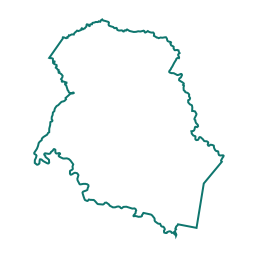 the district of Pesé, Herrera, Panama, rotated 88°
{"feature_id": "35544464B3990390948119", "entity_name": "Pesé", "entity_type": "district", "adm_level": 2, "iso_a3": "PAN", "parent_name": "Panama", "parent_adm1": "Herrera", "projection": "robinson", "projection_center": [-80.628, 7.893], "detail": "fine", "context": "isolated", "style": "outline", "palette": "teal", "viewbox_px": 256, "rotation_deg": 88, "n_neighbors": 0, "source": "geoboundaries", "source_scale": "gbopen_adm2", "svg_char_len": 5759}
<svg xmlns="http://www.w3.org/2000/svg" viewBox="0 0 256 256"><g transform="rotate(88 128 128)"><path d="M230.2,63.0L186.1,54.2L165.0,35.4L164.2,36.1L163.6,36.1L161.1,34.6L160.0,33.7L159.1,33.4L158.8,33.6L158.6,34.1L158.7,36.9L158.3,37.9L157.2,38.4L154.7,38.7L154.3,39.2L154.2,40.3L153.8,41.0L152.9,41.8L150.8,42.7L148.6,42.9L148.0,44.1L147.6,45.9L147.7,46.4L148.5,47.3L148.6,47.9L148.4,48.4L147.4,48.9L145.5,48.3L144.8,48.6L144.0,49.8L143.9,51.5L143.6,52.4L141.8,53.6L139.8,55.7L139.6,56.5L139.9,57.1L141.9,58.1L142.3,58.5L142.5,59.8L142.1,60.7L141.4,61.1L138.8,60.9L138.4,61.3L138.1,62.3L137.7,63.1L135.8,64.5L134.7,64.5L133.5,64.8L133.2,62.9L132.7,62.1L131.8,61.6L129.8,61.1L129.3,60.8L129.1,60.1L129.5,58.9L129.1,58.3L128.6,57.9L127.2,58.2L125.4,59.8L123.8,60.4L122.6,60.4L122.0,61.1L121.5,61.3L120.8,61.2L117.1,59.2L116.3,59.1L113.8,60.4L113.4,61.7L113.2,63.3L109.6,63.0L107.7,63.3L107.3,63.7L106.5,65.3L104.6,66.9L102.4,66.9L101.7,65.4L100.3,64.9L98.5,65.9L96.7,65.7L95.8,66.3L95.0,67.2L94.2,69.4L93.1,69.9L92.5,70.7L92.1,71.0L89.5,71.1L87.8,70.6L86.9,71.5L86.0,70.7L85.4,70.7L84.3,71.9L82.3,75.0L81.9,75.3L81.1,75.2L80.3,74.9L79.2,73.3L77.0,72.2L76.4,72.3L75.9,72.7L75.8,73.2L76.7,75.7L76.8,76.9L74.8,80.4L74.7,82.6L74.1,84.2L73.7,84.7L73.3,84.9L72.2,84.5L70.8,83.2L69.8,82.8L68.3,81.7L64.4,79.5L61.6,77.6L60.5,77.2L59.8,76.2L59.7,75.3L60.0,74.7L59.7,74.5L59.0,74.5L56.7,75.4L55.9,75.0L54.9,73.8L53.3,74.7L52.2,74.8L51.7,76.0L51.9,78.2L51.8,78.7L50.0,79.7L48.5,79.5L48.0,80.0L46.9,82.0L45.1,82.7L44.3,82.0L43.7,82.2L43.5,82.4L43.1,84.2L42.5,85.3L41.7,85.7L40.1,86.0L38.7,86.8L38.6,87.5L39.0,90.7L38.7,92.2L39.3,94.2L38.6,95.6L38.6,96.2L37.7,97.3L36.8,98.9L34.9,98.6L33.7,99.2L33.4,99.6L33.5,101.0L33.2,102.2L32.8,103.4L31.8,104.8L32.8,106.3L33.2,107.5L32.8,108.0L31.7,108.3L31.3,109.0L32.0,112.1L31.7,114.5L32.2,116.7L32.2,119.0L31.1,123.0L29.5,125.5L29.8,126.1L30.6,126.7L30.3,127.6L30.4,128.1L31.4,128.9L31.2,129.6L30.5,130.2L30.2,130.9L30.3,133.1L30.2,134.0L29.6,135.2L27.8,135.8L27.5,136.4L27.8,137.2L27.7,138.2L26.6,139.2L25.5,142.4L24.9,143.5L24.0,143.8L22.0,143.4L21.3,143.9L20.1,147.4L19.7,149.1L18.6,150.0L19.6,151.5L20.6,151.8L20.9,152.1L20.4,153.6L21.0,154.2L21.1,154.7L20.9,156.5L21.4,157.7L21.7,159.7L22.1,160.1L23.1,160.4L23.1,162.0L23.4,162.4L23.8,162.6L24.6,162.6L24.8,162.9L24.5,163.5L23.1,164.5L23.0,165.5L23.4,165.8L25.2,166.1L26.4,167.4L27.0,167.8L27.1,168.4L27.8,169.6L26.7,170.6L27.1,171.1L28.1,171.2L28.4,171.5L29.4,174.2L28.9,175.5L29.6,176.2L30.7,177.6L31.8,178.6L32.7,178.9L32.5,180.8L32.9,181.9L33.5,183.0L33.3,183.8L34.4,184.2L34.9,185.4L35.7,185.3L36.1,186.6L36.0,187.1L35.3,188.6L35.3,189.1L35.0,189.8L35.2,190.0L35.9,189.8L36.4,190.1L55.2,204.3L55.5,203.5L55.5,201.9L56.1,200.7L59.5,200.6L58.9,199.5L58.9,199.1L59.2,199.0L59.7,199.2L60.4,200.0L60.9,200.1L61.4,199.5L62.6,197.2L63.8,197.1L64.6,197.9L65.2,198.1L66.0,197.0L67.2,196.3L67.5,195.4L68.7,195.5L69.1,194.8L69.9,195.4L70.4,195.3L70.7,194.2L72.1,192.5L73.6,191.5L75.2,191.9L76.8,193.2L78.1,192.3L79.2,192.5L79.5,192.2L79.2,191.2L80.4,187.9L81.2,188.0L81.6,189.3L82.1,189.4L82.6,189.1L83.5,188.2L88.0,187.0L88.7,186.4L90.1,185.9L90.6,185.5L91.0,184.5L91.1,182.7L90.6,181.6L90.8,181.1L91.1,181.0L91.5,181.7L91.7,184.5L92.2,184.9L95.9,189.4L97.1,188.9L98.6,190.4L99.1,191.5L99.4,193.1L99.9,194.0L102.8,197.0L103.3,198.1L103.7,198.7L105.5,200.1L106.8,200.7L108.5,201.0L109.9,202.5L112.5,202.9L114.3,203.8L116.5,204.0L117.6,203.3L118.2,203.3L118.7,203.7L119.2,205.2L119.5,205.4L122.5,205.7L125.8,206.7L129.5,206.9L130.2,208.1L131.8,209.0L134.1,212.9L135.5,214.4L137.1,214.7L138.7,216.8L140.0,217.8L142.7,218.5L145.5,219.7L149.4,222.5L149.9,222.6L150.5,222.5L151.7,220.8L152.5,220.4L154.5,221.0L156.8,222.2L159.6,222.4L161.4,220.4L161.5,219.7L161.2,218.8L160.3,217.8L157.0,217.4L156.2,217.0L156.2,216.8L156.5,215.5L158.1,213.9L160.3,210.2L160.7,209.1L160.5,208.5L159.8,208.0L157.1,208.1L156.6,208.5L154.3,211.2L153.7,211.6L153.0,211.6L151.8,212.6L151.2,212.6L150.6,212.2L150.4,211.6L151.1,208.1L150.9,207.0L150.3,206.3L149.2,205.7L148.1,204.1L146.6,203.0L146.5,202.6L146.7,202.0L147.2,201.4L149.9,201.4L150.8,200.8L151.1,199.9L150.6,197.7L151.1,196.8L151.6,196.8L152.3,197.7L153.2,198.2L153.6,198.2L154.1,197.8L154.8,196.7L156.2,194.0L156.3,193.0L156.2,190.2L156.9,188.3L158.4,186.7L162.4,184.0L164.6,184.8L166.6,184.6L167.2,184.7L167.8,185.4L168.7,187.2L169.1,187.5L171.5,187.6L172.4,187.2L172.7,186.7L172.4,185.7L171.2,183.6L170.9,182.7L171.0,181.9L171.4,180.5L172.8,179.4L173.5,179.2L177.0,180.4L178.6,180.2L182.5,178.3L182.7,177.4L182.3,174.7L182.3,172.7L182.8,170.7L183.7,169.6L184.9,169.5L186.5,170.3L188.4,170.8L188.9,171.6L190.0,175.0L190.8,175.7L191.9,175.6L195.2,174.7L197.9,173.8L198.6,173.3L199.5,171.3L199.4,170.8L198.1,169.6L198.5,168.1L198.7,164.9L198.9,164.5L200.0,163.4L202.5,161.4L203.0,160.7L203.6,155.7L203.1,154.7L201.9,153.6L201.8,152.2L203.9,149.5L204.9,149.1L206.8,145.8L206.8,143.5L206.2,141.7L206.1,140.2L206.5,139.0L207.7,138.0L208.0,137.1L206.7,135.3L206.6,132.4L208.7,126.5L208.6,124.2L209.4,123.2L210.8,122.7L211.7,123.2L213.3,123.4L215.6,125.5L216.1,125.6L216.4,125.3L216.2,123.8L216.6,122.1L217.1,120.8L217.1,119.0L216.9,117.8L216.5,117.2L215.3,116.9L214.5,116.2L213.5,115.7L213.4,115.5L215.3,108.1L216.1,107.0L218.9,104.9L219.6,104.6L221.5,104.6L222.4,104.1L224.3,101.7L224.7,100.9L224.9,99.2L227.1,98.3L227.8,97.3L227.9,96.2L228.5,95.6L229.7,94.9L230.7,94.8L231.9,95.6L233.2,95.6L233.8,95.4L234.3,93.8L234.3,93.0L233.4,92.5L232.7,90.3L232.8,89.4L233.2,88.6L234.3,88.0L234.3,86.8L234.8,85.9L236.0,85.0L236.7,83.9L237.4,83.8L236.5,83.4L234.9,83.8L233.8,85.4L233.6,85.5L233.2,84.5L231.6,84.3L230.9,83.5L229.9,84.1L229.3,83.6L228.6,83.5L227.9,83.0L227.0,81.9L226.0,81.4L230.2,63.0Z" fill="none" stroke="#0f766e" stroke-width="2"/></g></svg>